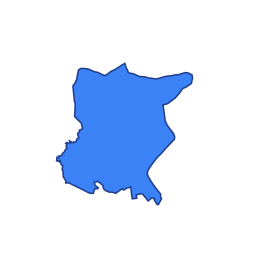 outline of Sunuapa, Chiapas, Mexico, rotated 226°
{"feature_id": "50627088B5498288476190", "entity_name": "Sunuapa", "entity_type": "district", "adm_level": 2, "iso_a3": "MEX", "parent_name": "Mexico", "parent_adm1": "Chiapas", "projection": "orthographic", "projection_center": [-93.257, 17.483], "detail": "fine", "context": "isolated", "style": "filled", "palette": "blue", "viewbox_px": 256, "rotation_deg": 226, "n_neighbors": 0, "source": "geoboundaries", "source_scale": "gbopen_adm2", "svg_char_len": 2887}
<svg xmlns="http://www.w3.org/2000/svg" viewBox="0 0 256 256"><g transform="rotate(226 128 128)"><path d="M128.2,207.6L129.8,204.4L131.0,201.9L131.7,200.7L132.2,200.2L133.9,198.3L135.1,196.0L137.8,192.5L139.2,190.6L143.5,182.5L150.0,177.4L152.3,176.2L152.5,176.1L156.1,173.0L156.2,172.9L156.4,172.8L157.2,171.9L157.5,171.8L161.3,170.4L161.5,170.3L161.9,170.1L163.2,169.6L164.3,168.8L167.2,166.8L167.9,166.7L168.9,167.5L172.2,168.4L176.7,170.6L177.4,167.8L179.0,159.8L180.6,154.7L181.1,150.0L182.2,147.4L188.9,144.9L192.3,142.7L198.1,140.4L199.8,139.0L202.6,136.6L203.8,135.0L203.9,134.3L204.2,132.8L202.6,130.4L202.3,129.9L201.0,128.1L198.6,124.9L197.9,123.0L197.1,121.1L196.6,117.7L193.9,115.5L192.2,114.1L188.0,110.9L187.3,110.3L184.1,107.7L183.7,107.6L182.3,107.1L179.8,104.5L178.5,103.1L173.2,97.5L163.9,97.7L159.0,94.8L160.3,91.5L159.0,90.6L159.1,88.9L158.9,88.0L158.7,87.5L155.0,85.7L155.7,83.8L154.2,81.0L155.6,79.3L155.4,78.3L157.2,77.7L159.3,76.9L158.2,76.4L157.2,76.3L158.7,74.1L160.0,74.1L160.2,72.5L158.9,72.6L157.8,70.9L155.8,69.7L155.9,69.1L156.1,68.4L155.5,66.8L155.0,65.0L155.3,63.2L154.3,61.3L156.1,58.4L154.8,57.6L155.2,56.4L156.1,56.4L155.9,56.2L154.1,53.9L152.8,54.4L152.3,55.5L151.8,56.6L150.9,55.3L150.3,55.6L147.9,54.5L147.5,54.7L146.0,54.7L145.2,53.6L143.9,51.7L143.0,51.8L142.0,50.9L141.6,50.6L140.8,50.2L138.0,47.6L133.2,46.5L131.7,45.0L129.6,47.3L112.7,53.4L111.7,53.6L107.7,55.2L105.1,57.5L106.5,60.3L107.4,62.1L105.3,64.1L105.7,65.1L109.8,64.5L112.4,66.3L111.2,67.9L110.8,69.1L109.3,69.3L108.0,69.6L107.2,69.7L104.1,70.0L102.9,69.2L101.5,68.3L98.2,68.3L97.9,68.9L96.7,69.3L95.1,69.7L94.5,70.4L93.1,71.8L91.3,73.0L89.6,73.7L89.4,74.8L89.2,76.3L88.9,78.2L88.6,80.0L88.5,81.7L87.7,81.6L87.2,81.7L86.8,81.7L86.4,82.0L86.2,82.4L85.9,83.0L85.8,83.6L85.9,84.5L85.8,85.0L85.5,85.8L85.0,86.4L84.4,87.3L83.7,89.1L78.6,85.1L76.2,83.3L74.1,81.9L71.4,85.5L73.4,86.9L74.2,87.5L70.9,92.6L66.8,92.3L61.5,91.8L61.2,96.8L58.6,98.0L58.4,97.0L52.8,95.8L51.8,96.6L53.8,103.0L56.0,103.6L56.9,104.6L57.1,105.0L57.3,105.3L57.6,105.4L58.3,105.6L60.5,105.8L63.9,106.1L66.2,106.3L67.2,106.5L70.7,107.0L71.4,107.1L73.8,107.6L74.6,107.8L76.2,108.1L79.0,108.9L80.9,109.6L82.9,111.5L83.1,111.6L83.7,113.3L84.5,116.6L85.2,119.7L86.5,128.0L86.5,133.6L86.5,134.1L87.0,139.7L87.3,144.2L87.3,144.8L87.6,150.8L87.6,152.5L87.7,153.7L89.3,155.5L92.4,156.9L94.1,157.1L95.8,157.3L99.1,157.6L102.5,158.1L104.3,158.7L106.5,159.4L108.7,160.7L110.7,162.3L111.6,162.9L112.5,163.6L116.7,166.7L118.3,167.8L120.3,169.3L119.4,170.8L117.9,173.5L117.6,176.4L117.1,180.2L116.9,182.1L116.8,182.6L117.2,188.5L117.6,191.0L117.8,191.8L118.3,193.7L118.5,194.7L118.2,195.4L117.5,196.9L117.0,198.8L116.9,199.1L116.4,201.7L116.3,202.2L116.1,203.9L116.1,204.9L117.3,206.3L118.5,208.3L119.5,209.4L121.8,211.0L125.9,209.5L126.1,209.4L126.6,208.9L128.2,207.6Z" fill="#3b82f6" stroke="#1e3a8a" stroke-width="1.5"/></g></svg>